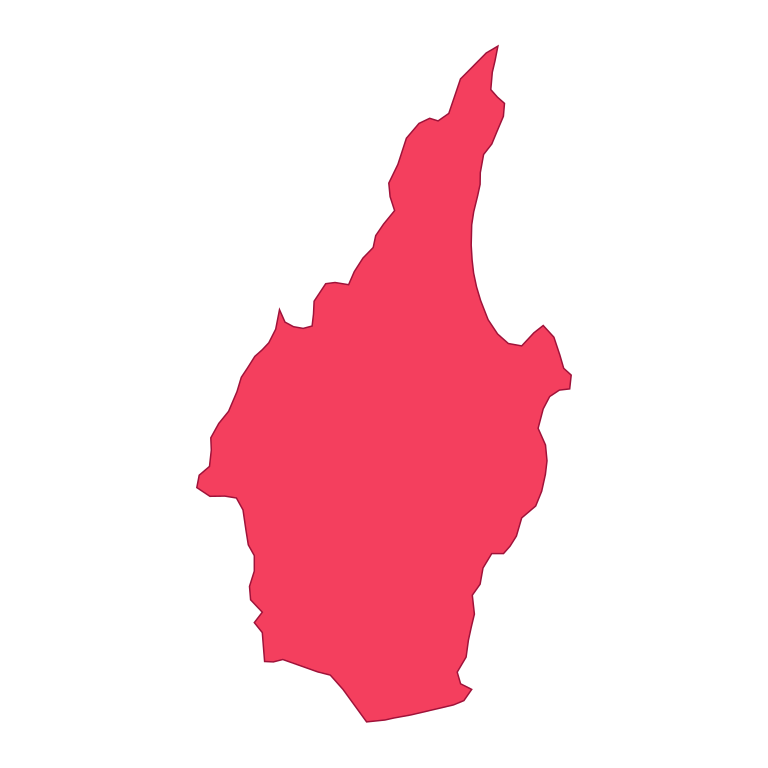 the district of Garopaba, Santa Catarina, Brazil
{"feature_id": "56859067B6248133710185", "entity_name": "Garopaba", "entity_type": "district", "adm_level": 2, "iso_a3": "BRA", "parent_name": "Brazil", "parent_adm1": "Santa Catarina", "projection": "equal_earth", "projection_center": [-48.655, -28.032], "detail": "fine", "context": "isolated", "style": "filled", "palette": "rose", "viewbox_px": 768, "rotation_deg": 0, "n_neighbors": 0, "source": "geoboundaries", "source_scale": "gbopen_adm2", "svg_char_len": 1622}
<svg xmlns="http://www.w3.org/2000/svg" viewBox="0 0 768 768"><path d="M463.9,700.6L471.7,689.4L460.6,683.8L457.2,672.1L466.1,657.1L468.4,640.3L471.3,627.0L474.4,614.1L472.3,595.2L480.1,584.2L483.0,568.0L491.7,553.6L503.5,553.6L510.1,546.1L516.4,536.1L521.7,517.9L535.7,506.0L541.7,491.2L545.4,474.4L547.0,460.8L545.5,445.0L538.1,428.3L543.2,408.9L549.7,396.5L559.4,390.1L569.7,388.9L571.2,375.1L563.7,368.3L559.9,355.2L553.9,337.2L543.2,325.5L533.9,332.8L521.7,345.9L508.3,343.5L497.6,334.0L488.1,319.7L480.6,300.5L476.5,286.7L473.6,273.0L472.1,259.9L471.2,245.1L471.7,224.9L473.7,211.8L477.7,195.5L480.1,184.4L480.3,172.7L483.6,154.5L491.8,144.0L497.0,131.4L503.4,116.3L504.5,103.4L497.4,97.1L490.8,89.6L492.3,72.3L495.0,60.9L497.9,46.1L486.3,52.9L476.5,62.8L469.0,70.4L460.5,78.9L455.4,94.0L448.8,113.4L438.1,120.9L429.7,118.3L419.0,123.4L406.4,138.2L397.9,164.4L388.8,183.1L390.1,196.7L394.6,210.6L383.5,224.2L375.7,235.6L373.2,247.5L363.0,258.0L354.3,271.6L348.6,284.7L335.0,282.5L325.7,283.7L314.1,301.2L313.5,314.1L312.1,326.0L303.2,328.4L293.5,326.7L285.0,322.1L279.5,309.7L275.7,329.2L268.8,342.8L262.2,349.8L254.8,356.4L247.3,368.3L241.3,377.3L237.0,391.6L228.6,411.3L218.8,423.4L210.8,437.8L211.3,450.1L209.5,466.4L199.2,475.2L196.8,487.6L209.9,496.3L224.8,496.1L236.4,498.0L243.0,509.9L245.9,529.8L248.3,544.9L254.3,555.6L254.3,571.1L249.5,586.4L250.6,599.8L262.3,612.2L254.3,622.6L262.3,632.6L263.6,649.1L264.6,661.5L273.4,661.9L282.8,659.5L317.7,671.9L330.3,675.1L343.0,689.4L366.6,721.9L385.0,720.0L393.9,718.0L411.0,714.9L453.5,704.9L463.9,700.6Z" fill="#f43f5e" stroke="#9f1239" stroke-width="1.5"/></svg>